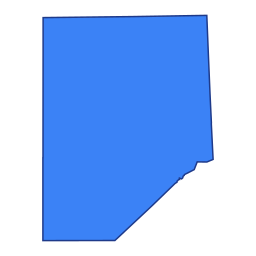 the district of Beaver, Pennsylvania, United States of America
{"feature_id": "52423323B75932740903659", "entity_name": "Beaver", "entity_type": "district", "adm_level": 2, "iso_a3": "USA", "parent_name": "United States of America", "parent_adm1": "Pennsylvania", "projection": "equal_earth", "projection_center": [-80.311, 40.666], "detail": "fine", "context": "isolated", "style": "filled", "palette": "blue", "viewbox_px": 256, "rotation_deg": 0, "n_neighbors": 0, "source": "geoboundaries", "source_scale": "gbopen_adm2", "svg_char_len": 577}
<svg xmlns="http://www.w3.org/2000/svg" viewBox="0 0 256 256"><path d="M206.8,15.4L132.3,16.6L43.1,17.6L43.1,18.4L43.1,18.9L43.1,47.5L43.1,52.8L43.0,144.3L43.0,157.7L42.9,157.7L42.9,173.3L42.9,191.5L42.9,216.4L42.9,240.6L114.4,240.5L114.9,240.5L152.6,205.2L175.0,183.5L177.0,182.2L177.1,181.1L177.8,180.6L178.7,179.4L179.5,179.5L179.5,178.1L181.6,178.9L182.7,177.9L183.2,176.1L184.2,175.4L184.4,174.6L194.2,169.6L197.2,161.9L206.9,162.0L213.1,159.4L211.3,123.4L211.4,123.1L210.0,93.4L209.5,81.5L208.4,55.2L206.8,15.4Z" fill="#3b82f6" stroke="#1e3a8a" stroke-width="1.5"/></svg>